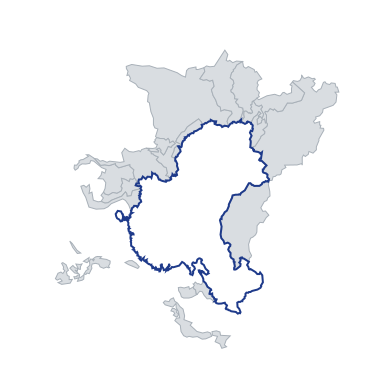 China highlighted, Albers equal-area conic projection, rotated 103°
{"feature_id": "CHN", "entity_name": "China", "entity_type": "country or territory", "adm_level": 0, "iso_a3": "CHN", "parent_name": "Asia", "parent_adm1": "", "projection": "albers", "projection_center": [106.815, 35.887], "detail": "fine", "context": "with_neighbors", "style": "outline", "palette": "blue", "viewbox_px": 384, "rotation_deg": 103, "n_neighbors": 20, "source": "natural_earth", "source_scale": "50m", "svg_char_len": 18865}
<svg xmlns="http://www.w3.org/2000/svg" viewBox="0 0 384 384"><g transform="rotate(103 192 192)"><path d="M163.6,119.5L160.8,121.9L158.4,121.8L157.3,126.1L155.3,127.6L149.9,124.9L145.9,132.0L137.9,132.8L138.6,140.9L136.2,141.5L135.8,144.0L134.1,142.8L133.0,140.8L123.7,137.4L122.4,137.5L118.7,134.4L116.8,134.7L115.4,137.0L111.1,133.8L108.9,133.7L107.5,135.2L100.5,136.7L98.0,139.1L96.9,138.7L96.8,136.4L93.1,134.7L93.9,131.1L92.5,130.5L94.5,126.5L92.4,122.0L83.8,119.1L82.8,114.2L78.2,106.0L70.1,104.6L62.2,118.9L60.7,118.3L60.5,114.1L59.2,112.0L55.7,110.9L53.7,111.5L54.1,110.5L55.7,109.3L56.0,107.7L53.7,104.5L54.6,100.3L53.7,98.5L54.4,97.2L56.7,99.2L58.5,96.5L61.1,97.2L63.1,99.2L65.7,95.8L66.7,93.2L64.0,91.8L62.4,89.6L55.6,88.6L54.7,87.2L56.2,85.5L56.3,82.0L54.4,80.9L54.0,77.0L57.3,75.3L57.1,74.0L61.6,71.4L62.6,75.1L64.7,72.7L72.0,71.9L75.8,74.0L81.6,82.9L85.0,82.7L89.0,84.7L91.1,88.4L92.5,87.6L95.9,89.5L97.4,88.0L94.7,83.4L98.0,82.7L98.0,81.4L100.9,81.6L100.4,78.1L102.1,77.4L111.8,80.3L113.4,79.9L120.1,81.0L122.9,80.3L126.9,82.8L126.2,87.2L129.2,87.2L131.9,89.6L130.9,91.7L133.5,92.4L141.0,90.6L139.7,91.6L142.0,95.7L145.0,107.8L147.0,106.0L150.1,109.4L154.3,109.3L155.6,110.4L156.3,113.1L158.1,114.4L158.9,116.4L162.6,116.6L163.6,119.5Z" fill="#d9dde1" stroke="#a8b0b8" stroke-width="1"/><path d="M62.2,118.9L70.1,104.6L78.2,106.0L82.8,114.2L83.8,119.1L92.4,122.0L94.5,126.5L92.5,130.5L93.9,131.1L93.1,134.7L96.8,136.4L96.9,138.7L98.0,139.1L100.5,136.7L107.5,135.2L108.3,136.0L104.7,137.7L106.4,140.1L108.9,139.9L111.7,143.4L106.7,145.0L103.2,143.3L103.2,142.0L104.6,140.3L100.2,139.7L95.8,143.7L93.3,142.5L91.8,144.0L93.6,145.9L93.1,149.2L89.6,152.7L85.9,150.1L87.0,147.6L81.4,140.6L78.2,133.4L78.7,128.6L78.1,127.4L74.9,126.0L74.2,124.7L75.5,121.4L72.8,117.3L69.2,118.3L66.1,118.4L65.5,120.6L62.2,118.9Z" fill="#d9dde1" stroke="#a8b0b8" stroke-width="1"/><path d="M212.1,278.2L208.0,277.5L202.3,278.1L199.3,281.5L200.1,286.5L196.2,284.4L192.4,284.3L193.2,281.1L189.3,280.8L188.6,285.4L184.0,294.7L184.1,297.7L187.1,298.1L188.7,301.9L189.3,305.4L191.8,307.9L194.6,308.5L197.0,310.7L195.4,312.3L192.2,312.6L191.9,310.5L188.2,308.5L187.3,309.2L185.6,307.5L184.9,305.5L180.5,300.9L179.5,303.2L178.9,300.9L181.3,294.6L186.6,287.0L185.1,283.1L185.0,278.8L181.5,273.0L183.0,272.4L184.9,268.8L179.2,258.7L181.1,258.1L183.4,253.6L186.4,253.7L191.4,251.1L193.1,252.6L193.2,255.2L196.0,255.5L194.7,260.0L194.6,263.8L199.2,261.5L200.4,262.3L202.9,262.3L203.8,260.9L207.0,261.2L210.2,264.8L210.3,269.0L213.8,272.7L213.6,276.3L212.1,278.2Z" fill="#d9dde1" stroke="#a8b0b8" stroke-width="1"/><path d="M221.6,278.5L217.7,277.0L215.7,279.9L212.1,278.2L213.6,276.3L213.8,272.7L210.3,269.0L210.2,264.8L207.0,261.2L203.8,260.9L202.9,262.3L200.4,262.3L199.2,261.5L194.6,263.8L194.7,260.0L196.0,255.5L193.2,255.2L193.1,252.6L191.4,251.1L192.4,249.6L196.0,247.0L196.3,248.1L198.5,248.3L198.2,243.3L200.3,242.8L204.2,250.3L209.3,250.5L210.8,254.3L208.1,255.3L206.9,256.9L211.9,259.5L218.0,268.4L221.3,271.3L222.4,274.3L221.6,278.5Z" fill="#d9dde1" stroke="#a8b0b8" stroke-width="1"/><path d="M191.4,251.1L186.4,253.7L183.4,253.6L181.1,258.1L179.2,258.7L184.9,268.8L183.0,272.4L181.5,273.0L185.0,278.8L185.1,283.1L186.6,287.0L181.3,294.6L181.1,291.6L182.7,288.5L181.4,286.0L182.2,281.5L180.5,279.2L179.3,268.7L177.7,265.0L169.5,269.3L164.5,267.3L166.7,262.3L166.3,258.2L163.6,252.9L164.3,251.4L162.0,250.6L159.6,246.7L159.8,243.2L161.1,244.0L161.7,241.0L163.8,240.2L163.6,238.4L164.7,237.0L165.5,232.6L168.5,234.0L170.7,230.6L171.1,228.5L173.7,225.1L173.9,222.6L179.2,220.1L181.9,221.2L181.8,218.5L183.2,217.8L183.1,216.1L185.3,216.0L186.4,218.7L188.0,219.9L187.3,226.8L183.3,230.2L182.4,235.3L186.6,234.9L187.3,239.0L189.7,240.0L188.3,243.6L192.9,246.3L196.0,245.2L196.0,247.0L192.4,249.6L191.4,251.1Z" fill="#d9dde1" stroke="#a8b0b8" stroke-width="1"/><path d="M207.8,293.8L211.8,292.2L216.6,292.0L214.6,289.5L222.2,286.3L222.7,281.3L221.6,278.5L222.4,274.3L221.3,271.3L218.0,268.4L211.9,259.5L206.9,256.9L208.1,255.3L210.8,254.3L209.3,250.5L204.2,250.3L200.3,242.8L202.5,241.8L209.7,241.6L213.2,239.3L215.1,241.0L218.8,241.8L218.1,244.3L220.1,246.1L224.2,247.1L218.7,250.9L215.2,254.9L214.3,257.9L221.5,268.0L225.4,270.6L228.1,273.9L230.3,281.6L229.9,289.0L221.0,294.4L217.2,297.9L211.4,301.6L209.8,298.9L211.2,296.2L207.8,293.8Z" fill="#d9dde1" stroke="#a8b0b8" stroke-width="1"/><path d="M291.5,143.9L294.7,146.6L293.4,146.6L291.8,150.1L292.7,153.2L290.0,156.9L286.9,159.6L286.9,162.1L290.6,164.0L290.3,165.2L286.7,166.5L285.8,168.7L284.2,169.3L282.4,168.7L281.3,170.2L281.0,169.4L279.0,168.6L280.3,165.9L279.8,165.1L280.2,162.6L279.9,161.9L276.2,160.9L278.3,157.6L281.3,154.6L282.9,151.1L284.7,152.1L287.4,151.7L286.4,149.5L290.8,146.6L291.5,143.9Z" fill="#d9dde1" stroke="#a8b0b8" stroke-width="1"/><path d="M284.2,169.3L285.8,168.7L286.7,166.5L290.3,165.2L290.6,164.0L294.6,168.5L296.0,171.1L297.2,176.2L296.5,178.8L293.6,180.4L291.2,182.8L288.2,183.8L287.3,181.5L287.3,178.1L284.9,173.8L287.2,172.6L284.2,169.3Z" fill="#d9dde1" stroke="#a8b0b8" stroke-width="1"/><path d="M164.7,119.4L167.8,119.2L173.8,116.4L178.4,115.1L180.6,116.8L183.5,117.2L185.1,119.4L191.9,121.4L194.9,118.7L194.0,116.1L197.3,111.9L200.2,113.9L205.9,115.8L206.3,119.0L210.2,121.0L216.5,119.8L219.3,120.4L222.1,122.4L223.9,124.6L230.2,125.1L236.5,123.0L240.5,119.7L242.2,120.0L243.8,121.3L247.1,120.6L244.4,128.5L245.3,130.2L246.9,129.5L249.9,129.9L252.0,128.1L254.5,129.2L257.5,131.9L257.4,133.5L255.0,133.3L250.7,134.3L248.8,135.8L246.9,138.9L242.4,141.0L239.5,143.5L234.6,142.5L233.1,145.5L234.7,148.5L230.5,152.6L226.8,154.3L222.1,154.5L216.9,156.1L213.2,158.4L211.8,157.0L207.9,156.9L203.3,154.0L200.3,153.2L196.0,153.5L186.1,151.7L184.6,148.9L183.6,144.7L181.8,144.0L178.4,140.8L171.0,138.3L170.2,136.2L172.2,131.3L170.7,127.5L166.9,125.2L164.9,122.5L164.7,119.4Z" fill="#d9dde1" stroke="#a8b0b8" stroke-width="1"/><path d="M183.1,216.1L183.2,217.8L181.8,218.5L181.9,221.2L179.2,220.1L173.9,222.6L173.7,225.1L171.1,228.5L170.7,230.6L168.5,234.0L165.5,232.6L164.7,237.0L163.6,238.4L163.8,240.2L161.7,241.0L160.5,233.8L159.4,233.7L158.4,236.3L156.5,233.8L158.2,231.5L160.0,231.5L162.3,228.1L160.2,227.1L152.9,225.4L153.1,222.3L151.3,221.8L148.6,219.3L146.7,222.0L149.1,224.8L146.4,226.0L145.2,227.4L147.4,229.0L146.3,231.4L147.0,234.9L147.0,238.6L146.2,240.0L138.3,239.4L137.9,242.6L135.2,244.7L128.7,246.2L123.0,250.1L114.5,253.7L114.0,255.6L107.5,256.5L105.5,256.2L103.4,259.0L102.1,267.9L99.3,271.2L97.4,277.9L95.0,277.5L92.2,279.9L93.1,281.6L88.8,281.5L86.5,283.7L84.4,284.3L81.3,279.4L80.6,268.8L78.6,261.9L79.3,253.9L77.4,247.2L79.1,233.2L80.9,228.3L81.5,224.2L74.9,224.6L72.4,223.1L69.3,216.3L71.7,215.5L71.2,213.5L68.2,208.3L71.8,206.6L79.9,209.8L80.5,206.0L79.2,203.1L80.0,199.8L78.4,197.0L84.0,194.2L88.0,196.1L93.3,193.1L97.0,189.6L101.9,186.6L102.8,183.6L106.6,182.1L104.5,179.1L104.4,171.7L106.6,170.5L111.4,173.2L115.3,173.7L119.6,171.1L121.8,177.2L120.4,180.6L121.2,183.2L120.4,185.3L118.1,184.0L117.7,189.0L124.6,197.1L121.8,198.4L119.3,202.0L129.6,211.2L134.6,212.9L136.3,215.6L143.5,218.6L146.7,219.1L148.1,212.8L150.6,212.4L150.2,216.7L153.3,219.0L155.9,218.7L162.2,219.9L162.8,217.2L161.5,215.6L164.6,215.5L168.5,212.7L173.2,210.5L176.2,211.9L179.1,210.4L180.5,213.3L179.1,215.0L183.1,216.1Z" fill="#d9dde1" stroke="#a8b0b8" stroke-width="1"/><path d="M161.7,241.0L161.1,244.0L159.8,243.2L159.6,246.7L158.4,239.9L157.1,237.1L153.4,236.4L153.5,238.2L151.8,240.4L150.3,239.2L149.6,239.9L147.0,238.6L147.0,234.9L146.3,231.4L147.4,229.0L145.2,227.4L146.4,226.0L149.1,224.8L146.7,222.0L148.6,219.3L151.3,221.8L153.1,222.3L152.9,225.4L160.2,227.1L162.3,228.1L160.0,231.5L158.2,231.5L156.5,233.8L158.4,236.3L159.4,233.7L160.5,233.8L161.7,241.0Z" fill="#d9dde1" stroke="#a8b0b8" stroke-width="1"/><path d="M160.0,214.2L162.8,217.2L162.2,219.9L155.9,218.7L153.3,219.0L150.2,216.7L150.3,215.8L153.3,213.0L155.5,212.3L160.0,214.2Z" fill="#d9dde1" stroke="#a8b0b8" stroke-width="1"/><path d="M148.1,212.8L146.7,219.1L143.5,218.6L136.3,215.6L134.6,212.9L129.6,211.2L119.3,202.0L121.8,198.4L126.3,196.4L128.9,198.5L131.9,202.2L133.8,203.3L134.5,205.6L137.2,207.1L139.8,209.7L148.1,212.8Z" fill="#d9dde1" stroke="#a8b0b8" stroke-width="1"/><path d="M119.6,171.1L115.3,173.7L111.4,173.2L106.6,170.5L104.4,171.7L104.5,179.1L106.6,182.1L102.8,183.6L101.9,186.6L97.0,189.6L93.3,193.1L88.0,196.1L84.0,194.2L78.4,197.0L80.0,199.8L79.2,203.1L80.5,206.0L79.9,209.8L71.8,206.6L68.2,208.3L65.9,206.2L66.0,202.8L64.5,198.5L46.4,191.9L50.0,188.0L56.0,188.3L56.6,186.4L55.2,184.9L56.8,181.4L54.4,178.1L53.5,172.1L58.2,176.9L61.9,177.9L63.7,179.3L64.8,178.7L67.0,180.2L72.2,180.4L73.8,177.0L76.7,175.5L79.2,176.5L80.0,175.6L82.8,176.1L83.9,177.0L85.7,176.3L86.5,173.8L88.9,171.8L91.5,171.6L91.2,168.3L94.3,169.7L95.8,168.5L96.2,166.9L98.5,165.7L98.8,161.4L101.4,160.3L113.0,161.4L114.8,164.1L114.7,167.7L119.6,171.1Z" fill="#d9dde1" stroke="#a8b0b8" stroke-width="1"/><path d="M85.9,150.1L87.6,150.8L90.3,153.6L93.2,153.2L93.9,154.4L95.7,152.9L97.5,153.7L99.2,151.7L101.1,150.8L102.5,152.4L101.7,153.5L102.6,154.1L101.0,157.5L101.7,159.3L104.7,159.0L107.4,157.8L112.8,160.0L113.0,161.4L101.4,160.3L98.8,161.4L98.5,165.7L96.2,166.9L95.8,168.5L94.3,169.7L91.2,168.3L91.5,171.6L88.9,171.8L86.5,173.8L85.7,176.3L83.9,177.0L82.8,176.1L80.0,175.6L79.2,176.5L76.7,175.5L73.8,177.0L72.2,180.4L67.0,180.2L64.8,178.7L63.7,179.3L61.9,177.9L58.2,176.9L53.5,172.1L58.3,170.0L59.3,167.3L57.1,165.4L58.7,159.0L61.1,157.5L60.0,156.2L66.1,149.4L68.5,152.5L71.2,153.1L72.7,151.5L75.5,152.1L77.8,151.6L79.9,148.7L82.8,149.0L84.0,147.8L85.9,150.1Z" fill="#d9dde1" stroke="#a8b0b8" stroke-width="1"/><path d="M89.6,152.7L93.1,149.2L93.6,145.9L91.8,144.0L93.3,142.5L95.8,143.7L100.2,139.7L104.6,140.3L103.2,142.0L103.2,143.3L104.5,143.7L102.9,144.6L99.9,142.6L98.6,144.9L102.1,145.8L105.4,148.6L111.6,150.1L111.0,154.3L112.2,154.2L113.8,155.8L112.8,160.0L107.4,157.8L104.7,159.0L101.7,159.3L101.0,157.5L102.6,154.1L101.7,153.5L102.5,152.4L101.1,150.8L99.2,151.7L97.5,153.7L95.7,152.9L93.9,154.4L93.2,153.2L90.3,153.6L89.6,152.7Z" fill="#d9dde1" stroke="#a8b0b8" stroke-width="1"/><path d="M107.5,135.2L108.9,133.7L111.1,133.8L115.4,137.0L116.8,134.7L118.7,134.4L122.4,137.5L123.7,137.4L133.0,140.8L134.1,142.8L135.8,144.0L135.1,144.8L129.6,145.8L128.0,147.1L123.8,146.4L121.8,148.8L118.7,147.2L116.3,147.3L112.7,148.3L112.8,149.4L111.6,150.1L105.4,148.6L102.1,145.8L98.6,144.9L99.9,142.6L102.9,144.6L104.5,143.7L106.7,145.0L111.7,143.4L108.9,139.9L106.4,140.1L104.7,137.7L108.3,136.0L107.5,135.2Z" fill="#d9dde1" stroke="#a8b0b8" stroke-width="1"/><path d="M278.7,227.6L277.0,237.6L275.8,241.4L273.2,238.1L272.3,234.9L274.0,230.4L276.7,226.6L278.7,227.6Z" fill="#d9dde1" stroke="#a8b0b8" stroke-width="1"/><path d="M283.9,282.2L279.0,277.5L282.8,277.2L284.5,278.4L283.9,282.2ZM290.4,291.5L292.1,289.0L292.2,286.4L294.7,285.8L294.4,288.6L297.1,284.1L297.3,288.1L293.7,293.9L290.4,291.5ZM308.2,290.2L311.3,298.2L310.4,302.1L307.9,298.5L306.1,300.9L308.2,303.5L307.2,305.6L301.3,304.3L299.5,301.7L300.5,299.5L297.3,298.2L296.1,300.1L293.9,300.3L290.8,303.0L289.9,302.0L291.2,298.3L296.1,294.8L298.1,296.4L301.4,294.7L301.8,292.7L305.0,292.0L304.1,289.0L308.2,290.2ZM273.0,295.6L267.3,300.1L269.2,297.0L274.6,291.0L276.5,286.7L277.7,289.9L273.0,295.6ZM284.7,256.4L284.3,258.2L286.2,261.0L285.6,264.7L283.3,266.5L283.2,269.9L284.6,273.1L287.0,273.2L288.8,272.4L294.7,273.8L294.6,276.1L296.2,276.8L296.1,278.8L292.3,277.4L290.4,275.5L289.5,277.2L286.3,275.1L282.4,276.3L280.1,275.7L280.1,274.0L281.3,272.7L279.9,272.0L279.5,273.5L277.0,271.4L276.1,269.7L275.4,265.7L277.4,266.9L276.9,260.2L277.7,256.2L280.3,255.8L283.0,256.7L284.2,255.4L284.7,256.4ZM287.8,284.9L286.8,283.0L289.7,283.9L292.5,283.4L292.7,285.1L288.3,288.9L287.8,284.9ZM302.7,279.2L304.8,283.5L301.2,283.1L303.1,286.7L301.1,288.0L300.4,285.2L299.0,285.2L297.9,282.9L300.5,282.7L300.2,281.2L296.9,278.6L301.2,277.9L302.7,279.2Z" fill="#d9dde1" stroke="#a8b0b8" stroke-width="1"/><path d="M333.1,149.0L331.7,154.3L333.3,158.6L333.3,162.4L334.6,164.3L333.9,167.8L330.4,171.3L324.6,173.4L321.2,179.8L318.4,178.8L317.4,175.7L311.7,178.3L308.2,181.4L304.2,182.5L308.5,184.8L308.0,192.7L306.2,195.1L304.1,193.8L304.0,189.7L301.5,189.0L299.3,186.3L302.3,184.2L303.5,181.1L306.3,178.0L308.1,174.4L314.4,171.3L318.2,171.1L319.4,162.5L322.2,163.8L326.8,155.8L327.0,149.9L324.8,145.4L325.2,142.3L328.2,140.4L332.0,145.6L333.1,149.0ZM333.7,126.0L335.0,123.5L337.6,127.8L333.7,130.7L332.7,135.8L326.9,134.7L327.0,139.8L323.6,141.1L321.8,137.0L322.1,133.3L325.2,132.0L323.6,122.4L328.6,125.4L333.7,126.0ZM309.5,183.1L310.7,180.0L312.8,180.0L313.7,177.8L316.4,178.0L317.3,179.4L316.1,182.5L314.3,181.5L312.8,183.0L312.6,185.8L310.0,185.1L309.5,183.1Z" fill="#d9dde1" stroke="#a8b0b8" stroke-width="1"/><path d="M223.9,247.3L223.0,246.7L221.3,246.9L219.8,245.6L218.5,245.3L218.1,243.1L219.0,241.9L216.4,241.0L215.2,241.2L212.9,239.3L211.3,240.2L210.5,241.6L209.2,242.1L208.3,241.6L207.5,242.7L206.2,241.6L205.7,242.5L204.9,241.7L203.6,243.0L201.6,241.6L200.1,243.1L198.4,242.6L197.6,243.6L198.4,245.5L198.2,248.4L196.2,248.1L195.7,245.6L193.7,246.7L191.8,246.6L191.0,244.1L188.0,243.4L189.7,240.0L187.1,238.8L186.6,235.6L187.4,234.7L184.9,234.6L182.2,235.2L182.9,233.9L182.4,232.1L183.3,231.1L183.8,229.5L187.3,227.1L187.0,226.1L187.5,225.7L187.9,223.4L187.9,219.6L187.1,219.1L186.5,219.6L186.0,216.9L184.4,215.2L184.0,215.1L183.1,216.3L180.4,214.9L179.2,215.0L180.5,213.6L180.1,212.3L178.9,212.7L178.9,212.0L179.9,211.4L178.8,210.4L176.1,211.9L173.4,210.4L169.9,212.5L167.9,212.7L165.3,214.7L165.3,215.4L162.5,215.9L161.3,215.6L161.4,214.9L160.1,214.0L159.1,214.3L155.1,212.2L153.4,213.0L150.6,215.8L150.2,214.8L150.8,212.7L150.2,212.3L146.2,212.7L144.4,212.3L142.7,210.7L141.7,211.3L140.9,210.3L140.2,211.1L139.3,209.3L137.3,208.6L137.7,207.5L136.3,207.3L134.6,205.3L134.4,203.9L132.5,203.6L131.4,201.4L128.5,198.6L128.1,197.3L125.9,196.7L124.4,197.7L123.3,195.7L121.7,194.5L121.8,193.5L119.5,191.6L118.9,189.9L117.5,190.0L118.3,187.1L117.7,184.4L118.9,184.4L119.4,185.6L120.6,185.3L121.1,182.3L120.4,180.6L120.8,178.3L121.9,177.3L120.1,175.2L119.9,172.3L120.3,171.4L117.2,170.1L115.9,168.9L115.9,168.1L114.5,168.1L114.0,166.8L114.6,165.4L114.6,164.2L113.3,163.3L113.3,162.5L110.5,160.5L113.2,160.3L112.8,159.1L113.7,155.7L112.3,154.0L111.4,154.2L110.8,153.7L111.4,150.0L112.5,149.7L112.6,148.7L113.4,147.8L116.4,147.5L116.7,146.9L119.1,147.0L119.0,148.5L121.1,148.9L123.8,146.6L127.6,147.5L128.7,146.5L130.2,146.0L135.3,145.3L135.8,142.5L137.2,141.9L137.0,141.1L138.3,140.9L138.1,136.6L138.6,134.6L139.2,134.0L137.6,132.8L143.5,132.3L144.0,133.3L145.7,133.8L146.3,132.6L145.6,131.7L149.3,125.4L152.0,127.0L153.8,127.4L154.1,128.1L156.3,127.6L157.0,126.9L157.2,124.0L158.0,122.4L160.7,122.0L162.1,119.8L164.8,120.0L164.8,120.7L164.4,121.1L165.1,122.1L164.8,122.7L166.2,123.7L166.2,124.4L167.4,125.6L168.7,125.7L170.8,127.6L172.1,132.8L171.6,134.0L171.7,135.1L170.3,137.1L170.7,138.6L178.5,140.9L181.9,144.0L183.8,144.5L183.6,145.6L184.1,146.0L184.9,149.1L186.2,151.7L188.8,151.7L195.9,153.3L197.5,152.9L202.3,153.8L204.3,155.6L207.2,156.4L209.2,157.6L211.7,157.1L211.7,158.1L213.2,158.4L219.0,155.4L227.1,154.6L230.5,153.0L232.3,150.4L235.1,148.7L233.3,145.8L233.9,143.8L234.7,142.7L236.2,142.6L237.2,143.4L239.9,143.8L241.3,142.7L242.7,140.7L246.0,140.2L247.5,138.8L248.3,136.3L250.6,135.7L250.8,134.7L251.8,134.9L254.9,133.5L256.4,133.9L258.0,133.5L258.0,132.7L257.3,131.5L253.3,128.3L251.1,128.5L250.1,130.1L248.3,129.3L246.7,129.5L245.8,130.4L244.9,129.6L244.5,128.5L245.3,128.0L245.2,126.5L247.2,120.9L250.7,121.9L252.2,120.3L254.4,119.1L254.5,118.1L253.9,117.6L255.7,112.2L257.3,109.9L256.8,107.9L255.1,107.5L257.3,104.8L264.1,102.6L267.6,103.8L268.2,103.3L269.9,103.7L272.3,106.2L274.9,111.2L276.3,112.6L276.7,114.1L277.5,114.5L277.8,116.3L279.2,117.0L281.2,116.4L282.4,117.2L283.6,116.8L286.0,118.5L287.1,118.4L287.3,119.4L288.3,120.4L288.5,121.8L289.6,123.0L293.7,121.8L295.2,119.7L298.1,117.7L299.3,117.9L299.3,118.9L300.2,120.0L299.0,122.3L299.4,127.0L298.8,128.8L298.9,130.0L298.3,130.7L298.5,132.3L298.1,132.9L294.6,132.4L293.7,134.2L292.5,135.1L294.1,138.3L294.9,141.2L294.8,143.4L293.0,144.7L293.6,145.0L293.6,145.4L292.5,144.7L292.3,144.1L291.1,143.9L291.1,146.4L289.9,146.8L289.1,148.7L286.4,149.5L287.5,151.0L287.3,152.1L284.1,152.1L283.2,151.2L282.5,151.6L280.9,155.6L277.7,158.2L276.2,160.9L274.2,161.4L271.8,163.1L269.3,166.0L268.4,166.3L268.4,167.0L266.9,167.8L266.6,167.0L268.3,165.9L268.1,165.4L268.6,164.6L266.8,164.8L266.7,164.1L267.4,163.6L267.3,162.7L268.2,162.1L269.3,159.4L267.6,157.6L267.3,158.2L265.5,158.2L263.7,161.5L260.4,164.1L259.4,166.8L257.2,167.5L256.3,166.9L255.5,167.4L254.9,169.5L255.4,170.6L256.7,171.6L259.9,171.8L260.6,173.3L260.3,175.0L261.5,175.7L263.1,175.4L264.5,172.9L266.1,171.9L269.3,173.2L270.6,172.6L272.8,172.9L272.3,174.5L272.6,175.0L272.1,175.6L270.6,175.2L267.8,177.2L267.0,177.2L267.4,178.0L266.8,178.2L266.7,179.5L265.9,180.0L265.6,179.2L265.1,179.4L264.9,179.8L265.6,180.3L263.1,183.7L262.4,185.9L266.6,187.9L269.5,193.2L269.6,194.7L271.5,195.5L272.1,196.7L273.6,197.6L273.9,198.4L273.5,198.5L271.9,198.0L270.6,198.2L268.8,197.3L267.1,198.3L269.6,197.8L269.9,198.5L273.4,200.2L274.2,201.3L274.5,201.9L272.9,202.7L271.2,204.7L269.6,204.9L268.7,205.7L269.8,205.3L270.4,206.0L272.6,204.9L274.3,206.1L275.9,206.3L274.0,208.4L275.4,207.5L275.7,208.1L275.8,209.7L275.0,209.2L274.0,209.9L275.0,210.6L274.5,210.8L275.0,211.0L274.5,212.1L275.2,213.5L274.0,214.0L273.4,213.6L272.9,215.0L272.1,215.2L272.5,215.7L271.8,217.2L272.0,217.9L270.3,221.6L269.7,221.8L269.3,220.8L268.9,221.3L268.4,221.2L269.8,223.0L268.4,224.4L267.1,224.3L267.9,224.9L269.0,224.6L269.3,227.2L267.6,227.2L268.1,228.1L266.9,228.3L266.8,229.6L265.8,230.1L266.0,231.0L263.7,231.3L262.8,232.0L263.8,232.9L262.3,234.9L261.6,235.0L261.4,236.1L261.0,235.6L260.2,236.3L259.5,236.0L258.1,239.2L254.8,240.0L254.2,240.6L253.0,240.3L251.7,241.2L250.8,240.7L250.5,241.7L248.3,242.0L246.6,240.6L246.5,239.4L246.1,239.5L245.4,240.4L246.4,241.7L246.5,243.3L244.9,244.1L244.7,243.5L244.2,244.9L242.7,245.5L241.7,244.7L241.6,245.7L240.1,245.3L238.7,246.7L236.4,247.0L234.6,248.3L233.9,247.8L232.9,249.6L233.8,250.0L233.6,250.7L234.4,251.4L233.8,252.3L231.9,252.1L232.2,251.7L230.9,249.8L231.9,247.3L230.4,246.4L230.3,247.1L228.7,247.6L228.5,246.9L227.1,246.8L225.9,245.6L226.0,246.8L225.3,246.5L223.9,247.3ZM236.1,253.6L236.7,255.0L235.2,256.6L234.5,259.0L232.9,260.3L230.6,261.4L227.1,260.1L226.9,256.8L229.4,254.8L229.0,254.8L229.3,254.3L233.1,253.4L234.8,253.7L235.1,253.0L236.1,253.6ZM274.0,199.3L272.7,199.3L271.5,198.3L272.4,198.4L274.0,199.3ZM276.6,205.8L275.6,205.7L275.3,205.2L276.5,205.4L276.6,205.8ZM270.1,226.2L269.6,227.0L269.6,226.1L270.1,226.2ZM233.4,249.3L234.4,248.9L234.3,249.4L233.4,249.3Z" fill="none" stroke="#1e3a8a" stroke-width="2"/></g></svg>